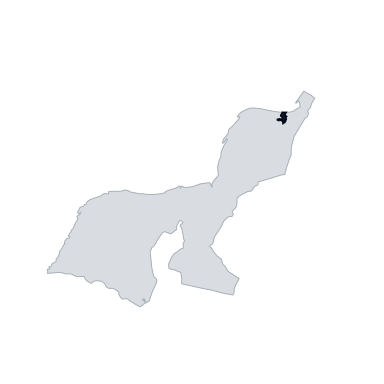 location of Bilene, Gaza, Mozambique, rotated 211°
{"feature_id": "85939544B43586850524471", "entity_name": "Bilene", "entity_type": "district", "adm_level": 2, "iso_a3": "MOZ", "parent_name": "Mozambique", "parent_adm1": "Gaza", "projection": "mercator", "projection_center": [33.116, -25.072], "detail": "fine", "context": "in_parent", "style": "filled", "palette": "ink", "viewbox_px": 384, "rotation_deg": 211, "n_neighbors": 0, "source": "geoboundaries", "source_scale": "gbopen_adm2", "svg_char_len": 5659}
<svg xmlns="http://www.w3.org/2000/svg" viewBox="0 0 384 384"><g transform="rotate(211 192 192)"><path d="M121.5,254.8L123.9,252.9L139.5,235.7L140.5,235.0L139.2,232.1L141.3,228.8L141.5,223.7L142.1,222.9L144.5,221.1L147.8,215.8L149.8,211.7L150.1,209.8L147.1,204.2L146.3,201.2L147.1,198.6L147.5,196.2L147.1,195.4L145.2,194.4L145.0,193.4L145.0,192.1L145.3,191.4L147.5,190.3L148.0,189.6L149.8,183.2L149.2,178.4L149.2,172.8L149.6,167.1L149.4,163.9L148.0,160.2L147.9,157.5L148.9,155.6L149.1,154.5L145.7,153.9L143.9,152.4L137.4,150.0L132.4,149.6L128.2,145.9L124.9,145.3L120.7,142.6L107.4,142.1L107.0,141.8L106.5,133.7L106.0,131.0L104.4,128.1L103.9,126.1L104.0,124.8L111.3,121.9L125.7,117.7L128.9,116.3L153.3,108.1L154.0,108.6L156.4,112.8L160.5,117.6L161.5,116.9L167.4,116.2L168.2,115.5L170.0,115.1L172.1,114.8L172.8,115.1L174.9,118.1L175.7,123.7L175.8,127.4L175.5,130.1L173.8,133.2L172.5,137.1L170.6,139.3L170.7,140.3L172.8,142.6L173.2,143.6L173.1,145.6L173.4,146.5L175.3,147.7L176.7,149.7L182.0,155.4L183.4,156.4L184.5,156.6L185.0,157.8L184.7,159.1L183.9,159.8L184.2,160.9L185.2,161.7L187.6,161.6L187.9,161.2L187.8,156.2L186.9,153.3L185.9,151.9L188.0,146.5L189.1,145.0L193.1,144.4L194.9,143.9L195.7,143.2L196.3,141.5L196.7,136.7L196.9,132.2L196.5,129.6L197.1,125.6L197.9,123.1L197.5,122.7L197.2,119.3L187.2,106.1L181.6,100.2L180.6,99.6L177.5,99.1L175.9,96.9L174.5,85.1L172.5,76.6L175.7,71.0L176.8,67.4L177.5,66.8L180.3,66.6L190.1,66.7L192.5,67.1L193.6,66.7L196.2,64.5L198.2,64.6L201.1,66.0L202.6,67.2L202.9,68.2L204.8,68.8L208.3,69.0L210.9,68.4L212.5,67.2L214.2,66.5L216.0,66.5L217.3,66.9L218.2,67.8L219.9,68.5L222.5,68.9L225.3,68.3L228.3,66.7L230.1,65.0L231.0,62.2L231.6,61.8L235.8,61.6L238.1,62.1L241.1,63.9L246.1,60.7L249.3,59.7L252.3,59.7L254.8,58.9L256.8,57.4L258.8,56.5L263.0,55.4L265.9,53.8L273.8,47.8L274.7,49.6L276.2,51.1L274.2,52.9L276.0,54.0L274.6,55.7L274.5,56.8L275.1,58.0L274.2,59.9L273.1,61.4L272.8,62.5L273.8,64.5L273.3,68.0L274.9,73.9L274.4,75.8L274.8,80.5L274.2,82.2L275.2,82.7L275.7,84.6L275.3,87.8L273.5,89.2L273.3,90.5L275.5,90.5L275.5,94.6L275.2,95.8L275.8,97.2L275.1,98.7L275.9,105.2L276.0,110.0L276.1,110.7L278.0,111.5L277.9,112.8L276.7,114.5L276.8,117.1L278.1,115.1L278.9,115.1L279.7,115.9L279.7,118.7L280.1,120.2L279.9,121.4L277.7,123.8L277.6,126.1L276.7,126.4L276.3,127.0L276.9,128.3L276.9,129.5L275.4,133.1L267.9,141.9L267.7,143.3L265.8,146.1L263.8,146.6L262.6,147.3L263.5,149.7L253.5,155.9L252.5,156.8L250.9,159.0L247.6,160.2L244.0,160.4L243.4,160.9L235.3,163.7L233.7,165.1L230.2,166.3L224.8,169.4L220.4,172.4L215.3,176.8L214.6,179.2L212.3,182.3L208.7,186.0L206.6,189.0L206.4,190.4L205.1,190.8L204.1,189.5L203.6,192.0L202.8,192.1L201.8,191.6L197.3,194.3L193.9,197.3L189.2,203.1L182.3,208.7L180.7,208.8L178.5,206.9L177.3,206.7L179.1,208.9L179.0,213.6L178.1,219.2L178.2,220.4L182.8,226.3L185.1,233.2L185.3,236.8L187.6,241.3L188.6,248.2L188.4,254.7L189.5,255.7L189.9,254.8L190.1,250.7L190.7,249.6L191.3,249.8L191.9,252.0L192.1,254.3L191.3,259.3L191.5,261.4L192.7,264.8L191.3,268.8L189.3,279.9L189.7,280.7L190.8,280.9L191.2,279.7L191.8,279.7L192.1,280.4L191.3,284.8L190.4,286.7L187.4,291.4L185.7,293.5L183.0,295.4L176.6,298.6L163.8,303.1L155.7,306.6L149.3,310.8L146.5,313.7L145.3,316.9L143.1,320.3L145.0,323.1L147.4,325.2L148.6,321.8L149.2,321.8L148.1,336.0L139.2,336.2L136.7,335.7L135.2,335.8L135.1,329.8L134.0,325.4L134.5,322.3L134.4,320.6L132.5,319.4L132.0,316.0L133.1,313.4L133.1,292.0L130.0,281.6L125.8,274.2L125.6,270.6L123.7,262.4L121.5,254.8ZM177.9,75.8L178.9,75.3L179.1,74.3L178.4,73.8L177.8,73.9L177.5,75.5L177.9,75.8ZM177.2,74.0L176.3,73.3L175.7,73.5L175.5,74.1L176.2,74.9L176.9,74.9L177.2,74.0Z" fill="#d9dde1" stroke="#a8b0b8" stroke-width="1"/><path d="M156.1,297.9L156.0,297.7L155.9,297.7L155.6,297.6L155.3,297.7L155.2,297.7L154.7,297.7L154.5,297.8L154.4,298.1L154.2,298.2L154.0,298.3L153.9,298.4L153.6,298.6L153.3,298.9L153.2,299.0L152.9,299.2L152.7,299.3L152.4,299.4L152.1,299.3L151.9,299.3L151.7,299.3L151.3,299.2L151.2,299.2L150.6,299.0L150.3,299.0L150.3,298.9L150.1,298.8L150.0,298.7L149.9,298.7L149.8,298.4L149.8,298.2L149.2,297.5L148.8,298.6L148.6,298.9L148.3,299.2L148.4,299.3L148.5,299.3L148.4,299.3L148.4,299.5L148.5,299.5L148.6,299.8L148.6,300.0L148.8,300.0L149.0,300.0L148.9,300.1L149.0,300.1L148.9,300.2L149.0,300.2L149.0,300.3L148.9,300.3L148.7,300.4L148.6,300.5L148.4,300.7L148.4,300.8L148.3,301.1L148.4,301.3L148.5,301.4L148.7,301.5L148.7,301.8L148.6,302.0L148.5,302.4L148.5,302.6L148.7,302.8L148.7,303.0L148.8,303.1L149.0,303.1L149.1,303.3L149.3,303.3L149.5,303.3L149.8,303.4L149.9,303.5L149.7,303.8L149.7,304.0L149.8,304.2L149.8,304.3L150.0,304.3L150.1,304.5L150.0,304.8L149.9,304.9L149.9,305.0L149.9,305.3L149.8,305.5L151.0,305.6L151.6,305.6L151.7,305.8L151.9,306.0L152.1,306.4L152.1,306.5L152.1,306.8L152.1,307.0L152.2,307.3L152.2,307.9L152.2,308.0L152.2,308.3L152.2,308.8L152.7,308.5L152.8,308.4L153.2,308.2L153.3,308.1L153.6,308.0L153.8,307.8L154.0,307.8L154.3,307.6L154.5,307.5L154.6,307.4L154.8,307.3L154.9,307.2L155.1,307.2L155.3,307.1L155.5,307.0L155.6,306.9L155.8,306.8L155.8,306.7L155.7,306.6L155.6,306.4L155.4,306.3L155.4,306.2L155.4,305.9L155.3,305.7L155.2,305.4L155.3,305.0L155.5,304.8L155.5,304.7L155.6,304.4L155.5,304.2L155.5,303.8L155.5,303.7L155.4,303.5L155.4,303.4L155.4,303.2L155.1,303.0L155.0,302.8L154.4,302.8L154.2,302.8L153.8,302.8L153.5,302.7L153.2,302.8L153.1,302.7L152.9,301.9L152.2,301.6L152.8,300.2L153.0,300.2L153.3,300.2L153.6,300.1L153.8,300.1L154.1,300.0L154.3,299.9L154.5,299.9L154.8,299.7L155.0,299.4L155.3,299.2L155.5,299.1L155.6,298.9L155.8,298.8L155.8,298.7L156.0,298.3L156.0,298.2L156.0,297.9L156.1,297.9Z" fill="#0f172a" stroke="#020617" stroke-width="1.5"/></g></svg>